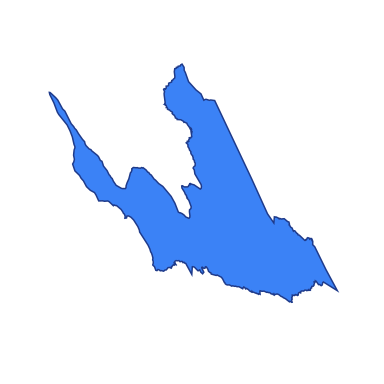 outline of Langanesbyggð, Norðurland eystra, Iceland, rotated 250°
{"feature_id": "244011B59191424948734", "entity_name": "Langanesbyggð", "entity_type": "district", "adm_level": 2, "iso_a3": "ISL", "parent_name": "Iceland", "parent_adm1": "Norðurland eystra", "projection": "natural_earth1", "projection_center": [-15.117, 66.073], "detail": "fine", "context": "isolated", "style": "filled", "palette": "blue", "viewbox_px": 384, "rotation_deg": 250, "n_neighbors": 0, "source": "geoboundaries", "source_scale": "gbopen_adm2", "svg_char_len": 6034}
<svg xmlns="http://www.w3.org/2000/svg" viewBox="0 0 384 384"><g transform="rotate(250 192 192)"><path d="M49.6,294.8L73.4,291.3L98.6,288.6L101.2,287.4L104.3,288.6L105.2,288.6L104.8,288.3L106.3,288.0L107.4,288.3L107.9,287.1L107.5,286.5L108.6,286.3L109.4,285.3L109.3,285.2L109.4,284.6L108.3,283.5L108.4,282.7L107.8,282.5L107.8,281.6L108.0,281.4L114.7,278.1L115.6,276.9L116.8,277.0L117.2,276.4L120.4,275.3L120.8,274.3L120.6,273.9L124.0,273.7L125.4,272.6L127.4,272.4L127.9,272.0L128.5,272.6L130.7,272.8L131.4,271.8L135.4,269.5L136.1,266.6L137.2,265.4L136.9,264.7L138.3,264.0L139.9,262.3L139.8,261.8L140.5,260.9L134.9,258.3L145.6,255.5L183.3,252.6L270.2,244.6L272.1,241.0L272.2,239.7L274.2,237.1L274.5,236.1L274.2,234.5L281.1,234.0L286.5,230.7L296.8,226.5L306.6,226.6L309.0,226.3L311.9,227.2L315.6,226.4L315.3,224.8L314.5,224.2L314.9,221.9L313.9,221.2L314.5,220.0L313.6,219.4L313.8,218.0L311.1,216.5L306.3,215.4L305.0,214.7L304.3,212.9L303.6,211.9L303.7,211.1L302.3,210.4L302.2,207.3L300.2,206.4L299.9,205.7L300.3,203.9L298.6,203.4L297.7,202.2L298.4,201.8L298.4,200.6L298.2,200.4L295.6,200.5L294.4,199.6L292.5,199.0L285.0,197.3L284.7,196.8L283.9,196.9L283.8,196.3L283.4,196.9L282.7,196.6L282.3,197.3L281.0,197.3L280.3,196.8L280.2,197.3L279.2,197.7L278.5,197.6L278.4,197.3L277.8,197.6L277.2,198.2L276.9,198.9L275.7,199.3L273.8,200.8L273.0,200.7L272.5,200.2L271.0,200.9L270.8,201.3L268.7,201.9L267.3,201.7L266.1,203.0L265.2,202.8L264.6,202.9L265.1,203.0L263.7,206.2L261.4,208.1L259.6,208.3L260.6,208.5L260.3,208.8L260.0,208.5L260.2,208.8L258.4,210.7L257.1,210.7L253.6,211.7L250.1,212.1L251.3,212.4L253.1,212.3L252.0,213.0L250.9,213.0L250.0,212.3L248.8,212.7L247.7,212.0L249.8,211.9L244.0,210.7L243.7,209.4L243.3,209.2L243.9,208.3L243.8,207.8L242.7,207.8L242.1,206.7L241.4,206.2L240.7,206.3L240.5,205.6L241.2,204.9L240.2,204.1L240.1,203.4L238.1,204.4L235.9,203.7L233.8,204.2L232.3,204.0L230.4,204.7L228.9,204.2L227.4,204.3L225.6,205.0L224.9,204.7L223.9,204.9L222.6,204.3L220.8,205.0L219.4,204.6L218.0,204.9L215.6,203.9L215.3,202.8L214.6,201.6L214.0,201.2L212.1,201.7L208.0,200.9L195.9,203.1L194.0,202.8L192.2,201.8L191.9,200.8L198.0,196.4L199.7,194.0L200.5,193.5L200.6,193.0L199.8,192.7L200.2,192.4L199.6,192.0L199.5,191.4L198.5,190.4L198.3,189.7L199.4,186.5L201.1,185.2L201.3,184.8L201.2,184.4L199.1,183.9L194.5,184.9L191.7,185.0L190.9,185.6L189.3,185.3L188.5,185.7L188.1,185.2L185.3,186.2L178.4,186.2L176.8,185.3L176.1,183.6L174.3,182.8L170.3,181.9L168.9,181.2L168.3,180.1L170.7,177.6L173.2,176.6L175.2,175.2L176.7,173.6L176.7,173.2L177.8,172.3L187.3,172.1L195.0,170.9L207.2,166.5L211.3,163.6L215.6,161.8L217.1,160.8L221.9,159.5L223.2,158.5L225.2,158.0L225.8,157.2L228.4,156.4L231.5,154.4L231.4,153.9L232.2,153.1L232.0,151.4L232.7,150.3L232.8,149.8L233.7,148.8L233.8,148.0L235.1,145.3L234.8,144.3L234.3,143.8L234.4,143.4L232.8,142.8L231.6,141.7L231.1,140.7L226.0,137.2L222.9,134.2L220.4,132.2L218.7,131.5L218.0,130.6L219.0,127.8L219.7,126.8L224.2,123.0L229.0,121.8L232.0,121.6L233.3,120.9L235.6,120.5L236.5,120.0L241.2,119.5L246.6,117.7L251.6,117.9L253.0,116.7L257.3,116.2L258.8,115.6L265.1,111.8L266.4,111.5L267.6,110.1L272.0,108.2L274.2,108.0L276.0,108.3L278.9,107.1L285.5,105.3L289.9,104.5L292.0,103.5L293.9,103.2L297.5,101.8L311.5,100.2L314.3,98.8L324.3,97.3L327.2,96.2L332.7,93.4L334.1,92.6L334.4,92.0L332.2,91.7L323.0,92.7L313.1,92.8L310.4,93.3L297.7,97.6L291.1,98.3L284.8,98.4L276.9,97.4L274.9,97.5L273.6,97.1L271.8,95.6L267.1,93.3L263.0,92.7L260.7,91.2L259.1,89.4L251.8,89.2L246.0,92.0L242.8,92.5L239.6,93.8L233.1,94.7L228.4,97.0L224.8,100.2L221.9,100.8L215.5,101.3L214.3,104.9L213.2,106.7L212.4,109.7L211.3,110.8L206.0,113.4L206.5,114.3L205.6,115.2L205.1,116.4L199.9,119.4L196.8,120.2L195.7,120.2L194.2,120.9L192.1,120.9L190.3,120.0L190.0,121.6L191.6,122.6L191.3,124.1L189.2,126.0L185.7,127.6L178.0,129.3L174.2,129.5L172.3,129.1L157.2,132.5L152.8,132.9L149.8,132.7L148.9,133.0L146.5,133.0L143.3,132.7L141.7,131.8L140.4,131.9L138.4,131.3L137.3,130.4L136.6,130.2L134.7,131.2L130.8,131.2L130.1,132.2L130.8,133.5L129.9,134.7L128.8,135.2L128.8,136.0L127.3,138.3L127.9,140.0L127.6,141.3L129.1,143.6L128.8,145.1L127.5,146.4L127.9,147.0L129.0,147.2L129.0,148.0L130.0,149.6L129.3,150.2L129.7,151.1L129.4,152.0L130.2,151.7L129.7,151.7L130.1,151.4L131.0,151.5L130.8,151.2L131.1,151.2L130.9,151.0L131.7,151.0L132.2,151.7L130.2,152.0L132.3,151.7L132.8,152.5L133.0,153.6L132.4,154.6L132.0,156.3L130.6,156.9L130.4,158.3L130.0,159.1L128.7,159.4L128.7,160.5L127.7,160.8L127.1,161.7L114.6,163.6L121.6,166.7L121.6,167.3L120.5,168.6L116.0,170.6L115.8,171.3L116.3,172.4L116.1,172.7L113.8,172.8L111.5,174.0L112.6,175.7L116.7,175.2L117.8,175.4L117.9,175.9L116.1,177.1L116.0,178.2L117.0,178.9L117.1,179.5L116.3,180.0L114.0,180.5L111.9,180.4L110.1,181.4L109.8,182.0L108.3,182.0L105.3,186.2L105.4,187.2L101.8,190.5L99.6,191.1L95.8,191.5L95.6,191.8L94.3,191.9L93.2,192.6L92.4,193.8L92.0,195.3L89.9,197.2L90.0,198.0L88.7,200.0L88.6,200.8L87.6,201.9L87.0,203.7L83.8,206.5L84.5,207.0L84.4,207.7L85.0,208.2L84.1,208.9L82.5,209.3L82.7,210.4L80.7,211.8L79.5,212.2L77.5,213.9L78.2,214.4L77.1,214.8L76.9,215.5L75.2,217.2L75.1,217.7L74.5,218.0L74.2,218.7L73.2,219.4L73.6,219.9L72.6,221.0L75.5,221.8L75.9,222.2L74.8,223.7L74.2,225.8L72.2,227.8L72.1,228.5L71.4,229.3L70.9,230.6L69.1,231.6L68.7,232.6L67.7,233.3L68.3,234.1L67.0,234.2L67.3,234.9L67.1,237.1L65.9,238.5L63.4,240.0L62.4,241.2L61.5,241.6L59.8,243.3L55.6,245.9L55.9,246.2L55.2,247.3L54.3,247.8L54.2,248.4L56.0,248.5L57.1,249.1L57.1,249.5L58.8,249.6L59.1,250.3L60.8,251.0L60.1,251.8L60.2,252.3L59.7,252.9L60.3,254.0L59.5,254.5L59.6,255.5L58.7,255.8L58.8,256.5L60.7,257.6L60.9,259.1L60.1,259.6L61.4,260.4L61.5,261.1L60.7,263.2L61.2,264.5L60.7,265.7L60.1,266.0L59.9,267.2L60.4,267.9L59.6,268.2L59.4,268.8L59.7,269.3L59.3,269.7L60.8,270.4L61.1,271.1L60.9,271.5L62.3,272.3L62.0,273.6L62.6,274.7L63.3,274.8L63.9,275.7L65.7,276.0L65.3,276.8L66.3,277.4L65.4,277.8L65.5,278.2L61.7,279.2L61.3,280.4L59.8,281.3L60.1,282.6L62.2,283.9L62.5,284.7L49.6,294.8Z" fill="#3b82f6" stroke="#1e3a8a" stroke-width="1.5"/></g></svg>